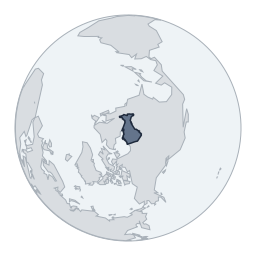 globe centered on Ontario, rotated 204°
{"feature_id": "CAN-682", "entity_name": "Ontario", "entity_type": "Province", "adm_level": 1, "iso_a3": "CAN", "parent_name": "Canada", "parent_adm1": "", "projection": "orthographic", "projection_center": [-83.246, 49.265], "detail": "fine", "context": "on_globe", "style": "filled", "palette": "slate", "viewbox_px": 256, "rotation_deg": 204, "n_neighbors": 0, "source": "natural_earth", "source_scale": "10m", "svg_char_len": 12638}
<svg xmlns="http://www.w3.org/2000/svg" viewBox="0 0 256 256"><g transform="rotate(204 128 128)"><circle cx="128" cy="128" r="113" fill="#eef3f6" stroke="#a8b0b8"/><path d="M141.8,239.8L143.1,239.5L147.5,237.9L152.0,231.1L150.0,229.7L141.7,228.5L131.9,220.7L134.8,216.5L132.5,214.6L140.0,207.7L137.8,201.5L135.2,200.7L132.6,203.4L123.3,199.3L119.9,193.9L91.0,181.0L87.9,177.2L87.8,172.1L77.9,151.1L82.3,169.5L78.5,165.1L75.4,158.0L77.2,157.2L75.1,147.2L71.7,142.1L71.5,129.4L78.3,115.9L79.4,119.1L80.9,115.7L79.6,111.5L78.4,109.7L81.9,94.0L78.8,82.1L74.3,81.0L78.0,79.3L67.1,79.3L63.1,75.5L69.8,78.2L72.2,77.3L70.6,73.9L72.6,72.3L73.1,69.8L75.7,68.3L79.4,70.2L81.2,69.3L79.9,67.0L81.8,64.2L83.3,67.7L86.7,63.2L93.5,66.2L95.5,77.8L101.4,78.9L109.3,89.7L110.7,87.7L114.6,90.9L117.8,89.8L118.3,92.3L120.3,89.3L119.2,87.2L119.7,85.2L121.5,84.4L122.5,87.5L121.8,88.3L123.0,88.8L122.7,90.7L123.9,89.3L124.9,93.2L126.5,88.3L129.4,90.6L129.4,93.5L126.0,94.5L117.6,104.5L116.5,108.2L118.4,112.1L129.1,116.4L129.3,120.1L132.1,124.1L133.5,121.4L131.9,117.3L135.3,113.4L132.8,109.2L133.8,107.1L132.7,102.4L136.5,101.8L140.9,103.8L142.0,107.7L144.0,108.8L145.8,104.2L150.8,110.9L159.1,114.4L160.0,116.4L156.4,121.7L148.9,123.8L144.2,131.5L151.0,125.3L153.1,130.8L155.0,131.3L157.0,130.4L157.7,127.9L159.2,129.7L153.1,136.2L151.6,134.7L153.6,132.6L150.0,133.7L145.9,138.6L147.3,141.2L139.7,146.5L140.6,148.5L139.4,151.0L138.5,147.3L140.0,154.1L131.2,162.4L133.1,173.8L127.2,165.3L122.7,164.3L117.2,164.4L117.4,166.3L110.0,164.4L103.6,167.7L101.7,176.3L104.6,183.1L112.9,184.2L115.1,180.7L121.0,180.2L117.3,189.6L127.7,191.0L126.9,197.6L130.0,200.8L135.1,199.7L140.4,200.8L144.0,196.7L149.9,193.8L150.3,199.0L153.3,193.7L156.8,195.6L168.3,192.4L167.5,193.9L177.3,196.6L187.4,194.9L189.8,197.1L188.6,199.7L192.0,198.5L192.0,199.8L205.1,193.8L211.3,191.8L210.8,195.8L205.0,203.8L198.3,214.0L187.5,221.9L183.8,225.1L173.7,230.9L167.2,233.3L168.1,233.2L165.6,234.2L157.8,236.6L149.9,238.5L141.8,239.8ZM26.4,128.5L27.2,126.5L27.3,128.9L26.4,128.5ZM27.3,124.5L27.1,125.3L27.1,124.4L27.3,124.5ZM27.1,123.3L27.2,124.1L26.9,123.4L27.1,123.3ZM26.7,122.0L26.9,122.6L26.7,122.0ZM132.7,177.6L144.7,181.6L138.1,182.9L139.3,181.9L136.3,180.1L130.6,178.5L124.8,179.7L132.7,177.6ZM26.5,119.5L26.5,118.8L26.8,119.2L26.5,119.5ZM137.5,171.1L135.5,170.8L137.5,170.6L137.5,171.1ZM77.5,109.2L79.4,111.6L79.8,116.1L78.0,114.2L77.5,109.2ZM77.1,101.0L78.6,101.6L76.7,105.0L76.5,103.6L77.1,101.0ZM70.6,80.7L71.7,82.4L69.9,81.3L70.6,80.7ZM72.7,69.7L71.7,69.8L72.3,68.5L72.7,69.7ZM130.7,103.1L131.7,102.8L131.3,103.8L130.7,103.1ZM129.2,101.4L128.2,102.9L127.3,102.3L128.0,101.4L129.2,101.4ZM76.9,65.0L78.3,63.1L77.5,65.4L76.9,65.0ZM130.7,99.8L126.0,101.1L124.5,100.1L125.9,96.0L130.7,99.8ZM79.4,62.1L82.6,57.5L80.7,57.1L87.8,55.8L82.8,60.0L82.2,62.9L81.2,61.6L79.4,62.1ZM118.1,86.9L119.4,89.1L116.7,88.0L118.1,86.9ZM116.3,86.7L107.3,86.6L106.4,83.2L109.6,83.8L107.0,80.1L110.9,78.4L113.2,80.1L113.0,82.6L114.6,80.1L116.3,86.7ZM91.3,55.9L92.6,55.2L91.9,56.3L91.3,55.9ZM119.7,84.3L118.0,84.6L117.0,81.6L120.3,80.6L119.6,81.8L119.7,84.3ZM104.4,80.0L104.2,77.7L107.4,75.6L107.7,74.5L110.9,78.1L104.4,80.0ZM120.7,82.1L122.0,80.2L124.0,80.9L121.4,83.9L120.7,82.1ZM115.4,81.2L115.1,79.8L116.3,80.3L115.4,81.2ZM132.0,82.8L130.0,83.0L129.3,81.4L132.0,82.8ZM122.3,79.4L121.6,79.2L121.1,78.6L122.4,77.5L122.3,79.4ZM112.9,76.4L114.2,76.1L111.7,74.9L114.0,73.4L115.7,76.1L115.9,74.4L116.6,73.9L117.2,76.6L112.9,76.4ZM122.2,74.8L125.1,77.9L129.0,77.8L129.7,79.2L123.3,79.1L122.2,74.8ZM119.2,75.6L121.2,75.4L121.1,77.1L119.6,78.3L119.2,75.6ZM114.9,71.5L111.0,73.0L110.8,72.4L114.9,71.5ZM123.3,74.4L122.6,73.7L123.6,74.2L123.3,74.4ZM117.5,72.0L116.2,72.6L115.9,71.8L117.5,72.0ZM122.2,71.8L123.2,72.7L122.2,73.6L122.2,71.8ZM120.1,71.6L120.1,70.4L121.3,73.3L119.5,71.9L120.1,71.6ZM117.5,71.2L116.9,71.0L118.1,71.1L117.5,71.2ZM125.3,68.2L127.1,71.5L125.0,73.3L123.5,69.8L125.3,68.2ZM82.7,24.9L82.8,24.8L86.4,23.3L86.5,23.4L91.9,21.3L92.2,21.3L96.3,19.9L95.7,20.1L103.4,18.1L111.2,16.6L119.1,15.7L127.0,15.4L134.9,15.6L142.8,16.3L150.7,17.7L158.4,19.5L165.9,21.9L173.3,24.9L180.4,28.3L187.3,32.3L193.9,36.7L200.2,41.5L201.4,42.6L209.2,49.9L216.2,58.0L215.9,58.2L214.5,56.8L214.4,56.7L216.8,59.4L216.1,59.3L218.2,60.5L222.8,67.1L226.9,74.1L230.5,81.4L233.6,88.9L236.2,96.6L238.1,104.4L239.6,112.4L240.4,120.5L240.3,119.5L240.2,119.3L240.3,123.8L239.9,123.6L239.7,126.0L236.6,144.1L234.1,146.1L227.2,143.4L226.6,136.7L223.7,132.5L217.2,100.3L219.0,96.5L217.4,80.1L217.8,78.7L221.4,82.7L223.0,75.2L219.5,69.8L217.5,62.7L214.0,56.9L206.7,50.5L212.4,59.7L210.0,59.4L202.7,50.2L197.2,42.8L196.1,42.5L196.7,45.8L192.6,43.0L196.6,47.0L197.1,46.2L199.7,48.8L199.4,49.7L197.9,48.6L198.7,50.8L205.5,55.8L206.7,55.6L210.7,62.7L213.1,63.0L215.3,65.7L211.9,66.2L210.0,65.0L206.1,68.7L208.5,70.6L212.3,67.3L212.4,68.9L215.6,71.8L213.2,70.9L208.5,74.3L210.1,81.8L217.3,94.7L217.2,99.4L214.8,102.3L207.1,95.2L208.2,85.6L205.5,83.3L200.9,83.9L201.6,81.0L199.9,80.2L199.9,76.8L195.6,71.1L194.9,67.7L189.1,64.8L188.0,62.8L191.8,65.0L194.0,64.9L191.9,57.1L190.2,55.4L186.6,54.3L186.5,52.5L183.3,52.4L180.0,48.1L181.3,53.4L177.1,52.6L172.9,49.8L171.8,50.6L178.6,55.1L181.1,56.1L182.9,55.4L190.0,59.4L191.7,62.3L185.1,62.0L186.7,66.1L180.9,64.4L166.0,52.7L161.8,48.4L163.7,41.7L167.0,42.6L168.0,45.5L170.9,43.1L168.8,43.1L168.7,41.7L164.7,40.9L164.4,39.9L161.0,40.9L160.2,39.6L162.4,39.0L155.7,36.9L153.0,34.4L151.6,34.5L150.9,35.3L147.9,31.7L147.0,32.0L147.7,33.2L146.3,34.5L142.8,35.5L142.0,34.2L143.1,33.7L144.3,30.8L147.5,29.7L146.7,29.3L143.8,29.9L142.4,33.4L140.5,34.4L140.7,32.6L140.5,33.3L139.3,33.4L137.3,32.4L136.9,34.4L124.8,38.2L119.8,36.8L121.3,34.6L112.0,36.6L107.0,35.5L107.6,36.5L103.6,38.5L105.1,38.9L105.0,39.6L95.3,45.5L92.4,46.1L88.9,50.4L89.2,51.0L91.2,50.7L87.8,55.8L80.7,57.1L80.3,55.7L76.1,57.7L75.9,54.1L73.8,52.3L76.0,47.5L74.2,46.7L72.7,47.7L69.1,47.4L66.6,44.0L75.0,42.5L80.0,47.9L78.5,45.2L80.7,44.6L81.4,43.0L80.2,41.4L78.9,41.9L86.7,34.2L87.6,29.3L82.9,32.0L79.5,32.7L76.5,30.7L83.7,24.6L79.3,26.5L79.0,26.6L82.7,24.9ZM223.1,112.4L224.2,114.0L223.1,112.4ZM193.9,37.5L189.0,33.7L187.0,33.3L184.9,31.9L185.0,32.4L186.9,33.4L186.4,34.6L182.8,32.4L181.2,32.2L182.8,33.5L189.5,37.4L190.2,35.5L193.1,37.3L193.9,37.5ZM168.7,192.3L170.1,192.8L168.3,193.4L168.7,192.3ZM137.4,185.4L139.8,185.3L141.1,186.0L139.3,186.5L137.4,185.4ZM157.7,182.4L160.4,182.3L157.6,183.4L157.7,182.4ZM146.5,182.0L155.5,182.7L150.0,185.4L144.3,184.9L148.2,183.9L146.5,182.0ZM136.6,174.8L138.2,175.1L137.8,176.2L136.6,174.8ZM139.0,171.0L138.4,171.1L137.5,170.3L139.0,171.0ZM153.4,130.4L154.0,129.9L156.1,129.6L155.3,130.8L153.4,130.4ZM164.7,122.2L166.9,125.2L164.7,123.8L164.0,125.9L158.5,125.8L160.1,117.4L160.4,121.2L164.7,122.2ZM151.7,123.6L155.0,124.4L151.3,123.9L151.7,123.6ZM190.4,79.8L191.8,78.8L193.9,80.5L194.7,85.4L191.7,82.9L190.4,79.8ZM193.3,77.0L186.6,75.7L185.8,72.8L187.4,74.6L187.5,72.8L190.1,75.3L195.9,74.1L198.1,75.6L198.4,83.4L197.1,79.9L195.8,81.0L193.3,77.0ZM170.8,79.3L167.8,79.2L169.9,73.0L172.4,73.8L173.4,78.6L171.0,80.4L170.8,79.3ZM134.0,92.5L132.8,93.3L132.5,92.4L133.3,91.0L134.0,92.5ZM131.2,83.0L139.2,88.4L138.2,89.5L144.1,91.6L143.8,95.4L139.9,93.9L144.1,98.5L140.4,98.6L143.6,101.5L135.0,97.7L132.0,98.1L135.6,96.1L136.0,92.6L135.3,91.2L130.9,87.7L124.4,87.2L123.8,83.9L125.1,81.6L126.6,81.2L126.5,83.5L128.5,81.3L129.5,84.3L131.2,83.0ZM140.6,60.1L139.9,62.4L144.1,59.5L145.2,62.1L145.6,61.6L147.7,63.3L150.9,64.6L150.9,65.9L152.2,65.8L153.6,67.0L155.4,67.4L155.9,70.0L158.1,70.7L157.1,71.5L160.8,72.1L158.3,72.8L159.9,74.6L161.5,73.0L160.2,86.9L161.5,92.5L164.0,96.9L159.4,97.9L154.2,94.4L149.4,89.1L148.7,83.7L146.8,85.2L145.9,83.1L147.8,82.8L144.3,82.1L144.1,80.3L139.8,76.2L134.9,76.5L133.2,75.2L135.0,74.2L132.0,73.5L134.2,70.7L133.1,69.7L134.1,66.1L138.2,64.9L136.6,63.9L137.3,61.2L140.6,60.1ZM125.7,67.1L130.4,64.9L133.3,65.3L130.3,71.5L131.1,72.8L129.3,77.0L125.1,76.4L126.0,75.2L125.9,74.0L127.3,74.6L126.1,73.1L127.3,71.5L126.8,70.0L128.5,69.6L125.7,67.1ZM216.2,75.8L216.1,74.5L215.4,72.3L217.4,74.2L216.2,75.8ZM213.0,78.2L212.7,76.8L215.2,78.2L215.3,79.6L213.0,78.2ZM210.3,75.0L212.4,76.6L211.3,76.6L210.3,75.0ZM191.2,63.7L190.5,62.3L191.3,62.4L192.6,63.4L191.2,63.7ZM153.3,52.9L152.4,54.0L151.7,53.7L148.2,54.7L147.2,53.0L148.9,51.7L153.3,52.9ZM208.9,52.8L211.2,55.2L211.2,55.7L210.4,54.7L208.9,52.8ZM215.5,64.9L215.0,62.6L216.0,65.5L215.5,64.9ZM151.6,51.2L150.2,51.8L150.5,50.6L151.6,51.2ZM146.2,51.8L146.2,50.4L146.6,52.9L146.2,51.8ZM140.8,38.8L146.9,39.1L150.5,38.5L151.5,36.8L152.7,39.5L147.1,40.4L140.8,38.8ZM126.9,38.3L126.1,40.1L124.7,39.4L124.7,38.9L126.9,38.3ZM127.6,39.3L129.8,41.3L128.2,42.4L126.8,40.5L127.6,39.3ZM140.9,45.7L142.8,45.9L142.5,46.9L140.9,45.7ZM74.7,28.8L74.2,29.0L70.4,31.2L70.4,31.4L68.0,33.2L69.5,32.9L68.6,33.8L66.1,34.9L64.6,35.1L70.5,31.1L71.7,30.4L74.7,28.8ZM70.3,32.7L72.0,33.4L67.6,36.2L66.3,36.7L67.3,35.1L69.6,33.7L70.3,32.7ZM71.1,34.5L73.3,33.2L80.5,33.0L80.9,33.7L73.1,35.0L74.8,33.9L73.8,33.6L71.1,34.5ZM91.9,54.6L92.5,55.1L91.3,55.3L91.9,54.6ZM106.0,39.7L105.7,40.7L104.3,40.8L106.0,39.7ZM104.3,43.5L106.1,42.7L104.6,44.1L104.3,43.5ZM110.1,41.0L107.0,42.7L109.5,40.3L110.1,41.0Z" fill="#d9dde1" stroke="#a8b0b8" stroke-width="1"/><path d="M119.9,130.2L119.6,130.1L119.4,130.1L119.2,130.1L119.1,129.9L118.5,129.9L118.4,129.9L118.2,129.8L118.1,129.7L117.8,129.6L117.5,129.8L117.4,129.8L117.2,129.8L117.1,129.7L116.9,129.7L117.0,129.6L116.9,129.5L116.6,129.4L116.5,129.2L116.4,129.1L116.2,129.1L116.2,129.3L116.0,129.1L116.0,128.9L115.9,128.9L115.7,128.8L115.8,128.7L115.5,128.6L115.4,128.5L115.1,128.4L114.8,128.4L114.8,128.5L114.7,128.5L114.4,128.5L114.3,128.3L113.8,128.2L113.5,128.0L113.4,128.0L113.3,127.8L113.3,127.6L113.2,127.1L113.3,127.0L113.2,126.8L113.1,126.7L112.9,126.6L114.0,119.9L116.0,118.4L117.4,117.1L118.9,115.6L121.0,113.8L121.9,112.9L122.0,112.9L122.0,113.0L122.3,113.3L122.4,113.5L122.5,113.6L122.8,113.7L122.9,113.8L123.0,114.0L123.1,114.3L123.2,114.5L123.3,114.6L123.5,114.7L123.5,114.8L123.5,114.7L123.8,114.8L124.0,114.9L124.2,115.0L124.3,115.1L124.5,115.2L124.6,115.3L125.1,115.4L125.2,115.5L125.3,115.5L125.6,115.9L125.7,116.0L125.9,116.0L125.7,116.3L125.6,116.5L125.8,116.2L126.0,116.1L126.5,116.3L126.5,116.2L126.9,116.2L127.1,116.2L127.4,116.2L127.5,116.2L127.5,116.3L127.4,116.3L127.5,116.3L127.6,116.5L127.6,116.4L127.5,116.2L127.7,116.3L128.0,116.3L128.3,116.3L128.3,116.5L128.4,116.4L128.5,116.5L128.7,116.4L128.8,116.5L128.8,116.4L128.9,116.5L129.0,116.6L129.0,116.4L129.1,116.5L129.1,116.8L129.1,117.0L129.1,117.6L129.0,117.8L128.9,117.9L128.9,118.0L128.9,118.3L129.0,118.4L129.0,118.5L129.3,119.1L129.2,119.3L129.2,119.5L129.3,119.8L129.3,120.1L129.2,120.2L129.2,120.3L129.1,120.6L129.2,120.8L129.3,120.9L129.4,121.0L129.5,121.0L129.6,121.3L129.9,121.6L130.0,121.7L130.0,121.8L130.1,122.0L129.8,122.1L129.7,122.1L129.8,122.1L130.1,122.1L130.2,122.3L130.3,122.4L130.5,122.5L130.8,122.8L131.0,122.8L131.1,123.0L131.3,123.5L131.5,123.8L131.2,124.0L130.9,124.3L130.8,124.5L130.8,124.4L130.9,124.5L130.9,124.4L131.0,124.3L131.2,124.2L131.3,124.1L131.5,123.9L131.9,123.9L131.9,124.0L132.0,124.0L132.3,124.2L132.4,124.4L132.5,124.5L132.9,130.7L132.9,131.2L132.9,131.4L132.9,131.6L133.1,131.8L133.1,132.1L133.2,132.3L133.3,132.5L133.5,132.6L133.6,132.9L133.7,133.0L133.8,133.2L133.9,133.3L134.1,133.4L134.1,133.6L134.5,133.6L134.8,133.7L135.0,133.7L135.6,133.8L135.9,133.9L136.0,134.0L136.2,134.3L136.3,134.4L136.6,134.5L136.7,134.4L136.8,134.3L136.9,134.5L137.0,134.7L137.1,134.8L137.4,134.9L137.5,135.0L137.6,134.9L137.8,134.9L138.0,135.0L138.3,135.1L138.4,134.9L138.5,134.9L138.8,134.7L139.2,134.6L139.4,134.5L139.6,134.5L139.8,134.4L139.9,134.5L140.0,134.5L140.1,135.1L140.3,135.2L140.2,135.3L140.1,135.5L139.9,135.6L139.6,135.7L139.4,135.9L139.1,136.1L138.5,136.7L138.4,136.9L138.3,137.0L138.1,137.2L138.0,137.3L137.9,137.3L137.7,137.5L137.2,138.6L134.5,138.9L134.4,138.9L133.8,139.2L134.0,139.6L134.0,139.8L134.1,140.0L134.2,140.3L134.1,140.5L132.4,141.4L130.9,141.8L129.2,142.9L128.8,142.9L128.3,142.5L128.2,142.4L128.1,142.2L128.2,141.8L128.2,141.6L128.3,141.6L128.6,141.5L128.9,141.2L129.0,141.1L129.1,140.8L129.1,140.7L129.1,140.4L129.2,140.2L129.6,139.2L129.0,135.7L128.9,135.6L127.7,134.9L127.6,134.7L127.7,134.4L127.6,134.2L127.3,134.2L127.2,134.2L127.1,134.3L127.0,134.2L126.9,134.1L126.8,133.8L126.8,133.7L126.8,133.4L126.7,133.3L126.4,133.4L126.3,133.5L126.2,133.5L125.9,133.2L125.8,132.7L123.6,131.2L121.3,129.7L120.9,129.7L120.0,130.2L119.9,130.2ZM132.6,124.5L132.4,124.4L132.3,124.2L132.4,123.9L132.4,123.7L132.5,123.6L132.6,124.5Z" fill="#64748b" stroke="#1e293b" stroke-width="1.5"/></g></svg>